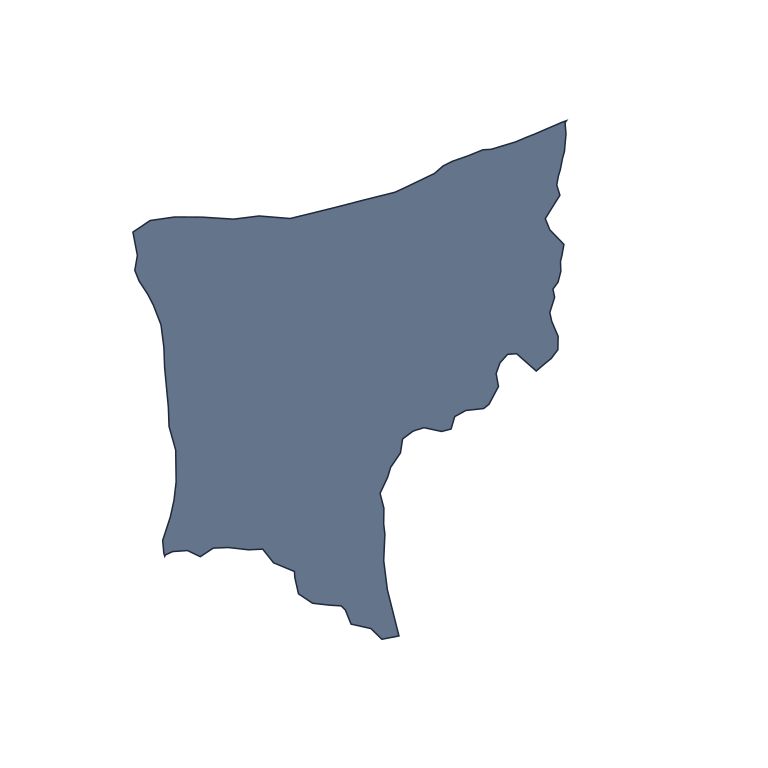 the district of Perivolia Larnakas, Larnaca, Cyprus, rotated 158°
{"feature_id": "46923920B78276374630507", "entity_name": "Perivolia Larnakas", "entity_type": "district", "adm_level": 2, "iso_a3": "CYP", "parent_name": "Cyprus", "parent_adm1": "Larnaca", "projection": "natural_earth1", "projection_center": [33.587, 34.833], "detail": "fine", "context": "isolated", "style": "filled", "palette": "slate", "viewbox_px": 768, "rotation_deg": 158, "n_neighbors": 0, "source": "geoboundaries", "source_scale": "gbopen_adm2", "svg_char_len": 1551}
<svg xmlns="http://www.w3.org/2000/svg" viewBox="0 0 768 768"><g transform="rotate(158 384 384)"><path d="M464.5,144.8L457.9,192.2L450.4,220.4L439.4,244.5L436.7,254.4L430.6,268.9L428.6,284.1L415.7,296.0L409.1,304.2L394.6,313.9L387.3,326.1L375.1,329.3L371.7,329.3L367.5,328.8L363.4,328.6L348.4,318.4L338.7,317.1L330.6,327.3L318.1,328.8L300.8,323.9L294.2,325.9L278.8,338.8L276.1,351.7L268.5,360.2L258.3,365.2L249.7,362.4L238.0,339.0L226.7,342.8L219.4,345.0L209.9,350.7L204.7,362.9L205.0,379.3L203.5,388.1L193.3,400.5L191.8,408.7L184.5,413.2L177.9,422.1L174.4,431.6L170.8,436.6L164.9,446.0L168.3,454.5L172.5,464.9L172.5,476.9L162.0,484.6L150.2,493.1L149.3,503.8L144.4,511.5L140.2,516.7L133.9,526.4L129.5,532.1L126.5,538.1L121.6,547.6L118.2,558.5L116.2,559.8L121.3,560.0L138.9,559.6L150.7,559.3L159.2,559.4L171.6,559.2L180.4,560.0L196.9,561.5L204.5,564.1L221.0,564.1L236.9,564.9L247.4,564.1L258.4,560.3L279.0,559.0L287.8,558.4L302.0,557.7L333.4,562.1L365.9,566.4L409.0,572.6L436.9,586.6L461.7,593.2L490.0,606.8L515.6,617.3L539.6,623.2L559.9,618.9L564.5,595.6L572.5,582.7L572.5,571.1L569.4,555.5L568.3,543.4L568.6,522.4L574.4,500.3L581.2,481.6L592.7,443.1L599.2,425.2L601.9,400.7L613.4,371.1L622.2,355.0L631.9,340.8L647.8,321.9L651.5,309.7L651.8,306.4L650.7,307.4L642.7,307.8L628.6,303.2L619.0,292.7L603.8,295.8L589.6,290.7L571.7,281.0L558.3,276.3L553.4,259.6L537.3,243.7L539.2,237.9L541.9,221.5L532.4,207.5L517.5,199.4L506.8,194.3L504.5,188.9L504.5,173.7L487.7,162.1L481.6,148.1L464.5,144.8Z" fill="#64748b" stroke="#1e293b" stroke-width="1.5"/></g></svg>